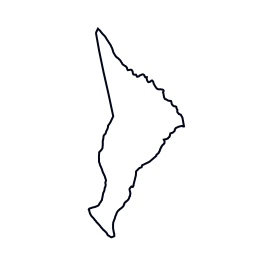 Alajuelita, San José, Costa Rica (Equal Earth projection), rotated 348°
{"feature_id": "36466004B46063821008241", "entity_name": "Alajuelita", "entity_type": "district", "adm_level": 2, "iso_a3": "CRI", "parent_name": "Costa Rica", "parent_adm1": "San José", "projection": "equal_earth", "projection_center": [-84.116, 9.889], "detail": "fine", "context": "isolated", "style": "outline", "palette": "ink", "viewbox_px": 256, "rotation_deg": 348, "n_neighbors": 0, "source": "geoboundaries", "source_scale": "gbopen_adm2", "svg_char_len": 5570}
<svg xmlns="http://www.w3.org/2000/svg" viewBox="0 0 256 256"><g transform="rotate(348 128 128)"><path d="M116.8,27.7L116.4,28.9L115.8,47.1L115.7,68.6L116.0,90.5L116.0,113.5L111.6,119.2L109.0,121.6L108.6,123.0L107.7,124.6L107.5,124.8L107.3,125.3L106.5,126.0L105.2,128.2L104.8,128.9L104.5,129.1L103.6,129.6L102.6,130.5L101.3,134.1L101.0,134.6L101.0,134.8L100.8,135.2L100.7,135.3L100.5,136.0L100.3,136.6L100.1,138.2L100.0,138.4L99.8,139.4L99.7,139.6L99.6,140.0L99.3,140.8L98.9,142.2L98.8,142.5L97.5,143.8L97.4,143.8L96.5,144.6L96.0,144.8L95.2,145.5L94.8,145.7L94.6,146.3L94.2,147.9L93.6,149.9L93.4,151.3L92.6,155.0L92.8,155.9L93.0,159.0L93.2,159.4L93.2,159.7L93.4,160.3L93.5,160.9L93.7,161.9L93.9,163.2L94.0,164.0L94.1,165.7L94.2,165.9L94.2,166.1L94.4,166.6L94.5,167.5L94.8,168.3L94.8,168.7L95.2,170.1L95.3,171.2L95.3,171.8L95.5,173.0L95.5,173.7L95.6,174.7L95.4,175.2L94.9,175.9L94.4,177.0L94.4,178.8L94.3,179.1L94.1,179.7L93.8,180.4L93.5,180.9L93.4,180.9L93.0,181.4L92.6,182.2L92.3,183.3L91.9,184.1L91.8,184.3L91.1,185.4L90.8,185.7L90.7,185.9L90.4,186.2L90.3,186.5L90.2,186.6L87.5,193.0L87.4,193.0L87.0,193.4L86.6,193.9L86.0,194.6L84.6,195.7L83.8,196.9L83.5,197.0L82.9,197.6L82.1,197.9L80.5,198.1L80.1,198.3L79.6,198.3L79.3,198.4L76.5,198.4L75.6,198.6L74.3,198.7L74.1,198.8L73.5,198.8L73.3,199.0L73.0,199.1L72.7,199.4L72.6,199.7L72.9,200.7L73.0,203.3L73.3,204.5L73.4,204.9L73.5,205.3L73.6,205.7L74.5,207.6L75.3,208.6L75.8,209.7L75.9,209.9L76.0,210.0L76.1,210.4L76.4,211.1L76.6,211.2L76.6,211.4L77.3,212.5L77.5,213.1L77.6,213.4L78.3,214.4L78.4,214.8L78.8,215.2L78.9,215.5L79.6,216.6L79.8,217.1L80.1,217.5L80.6,218.6L80.9,219.3L81.3,219.8L81.3,220.0L82.5,222.1L82.5,222.3L82.8,222.5L83.3,223.3L83.5,223.4L83.8,223.8L84.0,224.3L84.3,224.6L84.9,225.6L85.1,225.8L85.2,226.2L85.3,226.4L85.4,226.8L85.6,227.1L85.6,227.7L85.7,228.1L85.9,228.3L85.9,228.5L86.1,228.8L88.9,231.4L89.6,231.4L90.8,231.2L91.6,231.1L92.1,230.9L92.1,230.6L92.2,230.4L92.5,229.0L92.4,225.7L92.5,225.3L92.5,223.8L92.6,222.7L93.4,219.0L94.0,217.2L96.6,213.2L96.7,212.8L97.3,211.7L97.9,211.0L98.1,210.6L98.4,210.3L99.3,208.7L99.8,208.2L100.0,207.9L100.4,207.5L101.1,207.0L101.6,206.6L102.2,206.3L102.5,206.2L102.8,205.9L103.5,205.5L104.0,205.4L106.4,204.1L107.5,203.2L107.9,202.7L107.9,202.4L108.2,201.9L108.4,201.8L108.5,201.4L108.8,200.9L109.1,200.7L109.9,200.0L110.0,200.0L110.3,199.8L110.5,199.8L110.6,199.6L112.3,198.9L112.8,198.4L113.1,198.3L113.6,197.9L114.2,197.2L114.9,196.1L114.9,195.9L115.0,195.8L115.7,194.8L115.8,194.8L115.8,194.6L116.4,193.5L116.7,192.4L116.7,192.1L116.8,192.0L116.8,190.5L116.7,190.3L116.7,188.6L116.8,188.0L117.2,187.5L119.0,186.0L119.3,185.9L119.6,186.3L120.0,186.6L120.3,186.7L121.0,186.1L121.4,185.5L121.5,185.4L121.5,184.9L125.8,176.1L126.9,172.1L130.7,169.6L133.1,169.2L134.1,167.4L141.9,165.5L149.8,161.2L149.8,160.9L150.1,160.4L150.5,160.0L151.2,159.6L151.7,159.4L152.1,159.1L152.5,159.0L152.6,158.8L153.0,158.5L153.3,158.0L153.5,157.7L153.8,157.5L154.1,157.2L154.3,156.7L154.8,156.2L154.9,155.6L155.2,155.2L155.5,155.0L155.6,154.8L155.9,154.6L156.0,154.3L156.4,153.8L156.6,153.4L156.9,153.3L157.1,152.9L157.4,152.7L157.5,152.5L158.0,152.1L158.5,151.8L158.9,151.5L159.5,151.3L160.1,150.7L160.5,150.3L160.6,150.2L160.6,149.8L161.0,148.8L161.0,147.9L160.8,147.4L160.5,147.0L160.5,146.8L163.6,146.8L163.9,146.7L164.9,146.5L165.0,146.4L165.0,146.2L165.3,146.1L166.0,145.6L166.2,145.4L166.6,145.4L166.9,145.0L167.0,144.6L167.3,144.3L167.6,143.8L167.8,143.0L168.4,142.3L168.4,142.1L170.9,141.8L171.1,141.6L171.5,141.5L171.7,141.3L172.8,140.7L173.2,140.3L173.3,140.0L173.4,139.4L173.6,139.0L173.8,138.8L174.1,138.7L174.6,138.1L175.2,137.8L175.7,137.8L176.7,137.5L177.0,137.5L177.4,137.3L178.1,137.3L178.4,137.2L181.0,137.2L181.5,137.3L181.7,137.6L182.1,137.7L182.4,137.9L182.7,137.9L182.8,138.1L183.1,138.1L183.4,129.2L182.4,125.9L180.7,125.0L180.7,124.6L180.1,123.7L179.7,123.2L179.6,121.9L180.0,120.9L180.1,120.5L179.6,119.2L179.6,117.4L179.3,117.0L178.9,116.7L177.8,116.4L177.1,115.9L176.6,115.2L176.0,114.3L175.8,113.3L175.8,111.2L175.7,110.6L175.1,110.3L173.9,110.0L173.6,109.8L173.0,109.5L172.6,109.3L172.0,108.6L171.5,108.1L171.3,107.9L170.6,107.7L170.3,107.5L170.0,106.8L169.9,106.2L169.7,105.5L169.7,103.5L169.8,102.4L169.8,101.0L169.6,100.4L170.6,99.2L170.5,98.4L170.3,98.1L169.9,97.7L167.9,96.9L167.1,96.7L166.7,96.7L165.9,96.5L164.7,95.8L164.4,95.3L164.2,94.9L163.8,94.3L163.1,92.4L162.4,90.1L162.2,87.7L161.7,86.8L161.4,86.5L160.5,86.6L159.5,87.3L159.1,87.4L157.5,87.4L157.4,87.3L157.2,87.1L157.1,86.7L156.9,86.3L156.6,85.4L156.5,83.6L157.0,82.2L155.5,82.0L155.1,81.3L155.1,81.0L155.0,80.8L155.0,80.2L154.9,79.8L154.4,79.1L154.0,78.8L153.6,78.6L152.6,78.6L151.2,79.0L150.6,79.0L149.1,79.8L147.6,79.8L147.5,79.7L147.3,79.3L147.3,78.9L147.2,78.7L147.1,78.0L146.9,77.5L146.6,77.4L146.3,77.4L146.0,77.3L145.1,77.1L144.4,76.7L144.3,76.4L144.2,75.9L144.2,73.5L143.9,72.5L143.7,72.1L143.4,71.8L143.1,71.6L142.2,71.5L139.9,71.4L139.5,70.5L139.5,69.0L139.4,68.9L139.4,68.6L139.0,67.8L138.8,67.6L138.6,67.1L137.7,66.4L136.2,64.9L135.7,63.9L135.6,63.2L135.4,62.9L135.3,62.6L135.0,61.7L134.9,61.5L134.5,60.3L134.1,59.6L133.5,58.8L133.3,58.4L133.1,58.1L131.6,56.4L131.5,56.2L131.4,56.2L130.9,55.2L130.4,54.0L129.4,50.9L129.3,49.7L129.3,48.8L129.2,48.6L129.2,47.7L128.9,46.2L128.5,44.7L128.3,43.5L125.7,36.9L125.0,34.7L124.1,32.7L123.3,31.7L122.9,30.9L122.4,30.2L122.2,29.7L122.0,29.2L121.6,28.7L121.3,27.9L120.8,26.8L119.5,25.2L119.2,24.6L119.0,24.8L118.7,25.3L118.4,25.8L118.2,26.0L117.4,27.0L117.1,27.4L116.8,27.7Z" fill="none" stroke="#020617" stroke-width="2"/></g></svg>